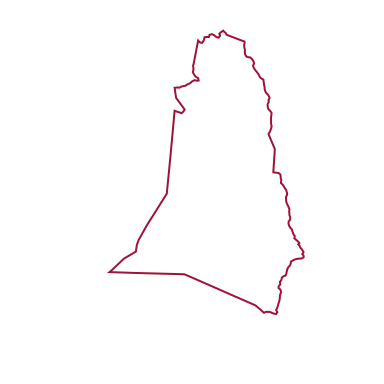 Conceição do Coité, Bahia, Brazil (orthographic projection), rotated 341°
{"feature_id": "56859067B37601452746614", "entity_name": "Conceição do Coité", "entity_type": "district", "adm_level": 2, "iso_a3": "BRA", "parent_name": "Brazil", "parent_adm1": "Bahia", "projection": "orthographic", "projection_center": [-39.2, -11.517], "detail": "fine", "context": "isolated", "style": "outline", "palette": "rose", "viewbox_px": 384, "rotation_deg": 341, "n_neighbors": 0, "source": "geoboundaries", "source_scale": "gbopen_adm2", "svg_char_len": 2529}
<svg xmlns="http://www.w3.org/2000/svg" viewBox="0 0 384 384"><g transform="rotate(341 192 192)"><path d="M247.1,50.8L235.2,71.5L234.1,72.9L233.7,75.3L233.0,77.2L231.8,78.9L232.2,81.5L232.8,83.8L234.9,86.4L234.6,88.7L232.9,88.4L230.8,87.1L227.8,87.5L225.9,88.5L224.1,88.6L222.2,88.9L220.4,89.4L218.0,89.0L216.2,88.9L214.1,89.3L212.3,88.4L209.5,87.8L207.6,97.8L211.9,111.6L210.1,113.1L207.8,114.1L205.6,112.3L204.0,111.2L202.0,109.5L190.2,135.8L182.2,153.5L167.6,185.4L148.0,201.2L139.9,207.6L133.9,212.9L126.1,219.8L122.6,224.1L120.7,227.8L119.5,230.1L106.1,232.8L90.5,239.9L87.9,240.9L106.1,247.8L109.2,249.0L123.8,254.5L157.8,267.2L160.9,269.9L186.2,293.2L198.9,305.0L200.5,306.4L215.2,320.0L216.9,322.9L220.7,329.6L223.1,329.4L224.8,330.1L226.9,330.9L228.2,332.4L229.9,333.6L231.7,334.8L233.6,333.4L233.1,331.0L234.5,329.6L236.0,327.8L237.3,325.8L238.6,324.2L239.7,322.5L240.6,320.7L241.3,318.8L242.6,316.9L243.7,315.6L243.8,313.1L242.6,310.9L243.3,309.3L245.2,308.3L246.0,305.5L248.0,304.2L249.1,302.1L251.6,301.4L253.2,301.5L254.4,300.3L255.5,298.4L256.9,296.1L258.7,294.4L260.8,293.3L262.1,291.6L263.1,289.9L265.0,289.6L267.1,289.3L268.9,289.3L270.9,289.7L274.2,290.6L276.4,290.0L276.8,288.2L276.0,286.6L277.9,285.2L277.4,282.5L276.3,279.7L276.2,277.9L275.4,276.1L276.9,275.3L276.0,273.0L274.8,271.0L273.7,269.1L274.8,267.2L274.1,264.4L274.2,262.0L274.3,259.9L273.2,257.6L272.8,255.0L273.0,253.1L273.9,251.2L275.8,250.1L276.6,248.0L276.6,245.7L277.1,244.0L277.5,242.1L278.5,240.1L278.4,237.0L277.9,233.7L278.1,231.1L278.8,228.7L279.5,227.0L281.1,225.5L281.6,223.4L281.6,220.6L280.7,217.1L280.2,214.9L279.0,212.5L280.4,209.6L280.4,207.5L281.0,205.9L281.2,204.2L280.2,202.4L278.8,201.6L277.1,200.8L275.3,199.8L284.3,178.4L283.2,162.1L285.5,160.2L287.3,157.9L288.6,156.0L289.1,152.6L290.0,150.3L290.6,148.0L291.7,145.9L293.0,143.0L292.3,140.7L291.1,138.1L291.4,135.9L292.0,133.7L293.8,132.0L294.4,129.8L296.0,128.3L295.9,126.5L295.4,124.4L294.5,122.7L294.1,121.0L294.1,118.7L294.8,116.5L295.0,114.3L295.6,111.4L296.1,109.0L295.0,107.7L293.7,106.0L293.5,104.3L293.1,101.9L292.4,99.8L291.5,97.4L290.8,94.7L290.9,92.3L292.6,90.6L292.6,88.0L292.1,86.3L291.1,83.9L289.2,82.9L287.6,81.7L287.0,79.3L287.4,77.2L288.3,74.8L288.6,72.2L289.1,70.0L290.1,68.6L290.6,66.9L275.9,54.6L275.7,52.7L274.7,51.2L274.0,49.6L271.6,50.3L269.3,51.3L269.5,53.3L267.4,54.8L265.4,53.3L263.9,50.9L262.2,49.2L259.7,49.2L258.4,51.0L256.6,50.3L254.4,49.7L252.5,52.5L250.0,54.3L248.1,53.0L247.1,50.8Z" fill="none" stroke="#9f1239" stroke-width="2"/></g></svg>